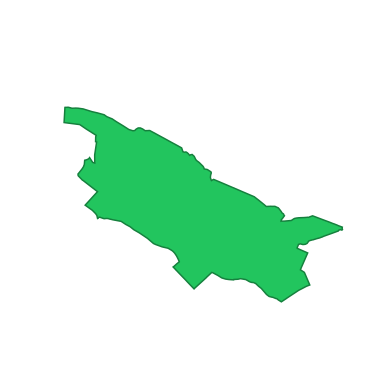 the district of Movileni, Galati, Romania, rotated 138°
{"feature_id": "2599482B38309693549911", "entity_name": "Movileni", "entity_type": "district", "adm_level": 2, "iso_a3": "ROU", "parent_name": "Romania", "parent_adm1": "Galati", "projection": "orthographic", "projection_center": [27.365, 45.757], "detail": "fine", "context": "isolated", "style": "filled", "palette": "green", "viewbox_px": 384, "rotation_deg": 138, "n_neighbors": 0, "source": "geoboundaries", "source_scale": "gbopen_adm2", "svg_char_len": 3810}
<svg xmlns="http://www.w3.org/2000/svg" viewBox="0 0 384 384"><g transform="rotate(138 192 192)"><path d="M202.4,299.8L203.3,301.6L204.9,305.0L205.6,308.2L209.3,314.0L212.6,318.7L217.3,326.6L220.5,330.4L222.2,332.1L225.1,334.5L226.9,337.3L227.2,337.7L228.5,338.8L229.5,339.7L229.8,339.9L240.6,329.2L230.3,317.2L228.5,309.7L225.4,298.6L225.3,298.2L226.6,297.5L230.0,293.9L229.4,293.0L239.5,284.7L244.9,278.6L246.0,280.4L245.1,286.1L246.3,285.8L247.1,286.0L247.7,286.1L249.0,286.6L250.5,287.4L253.6,284.5L256.0,283.3L258.8,282.6L264.2,281.7L264.6,281.7L265.4,280.8L265.7,280.1L265.5,274.1L265.3,273.8L262.0,255.5L280.2,253.7L278.3,245.0L278.1,240.4L278.4,238.2L279.9,235.5L279.4,235.3L278.9,235.4L278.5,235.5L277.8,235.3L277.3,234.8L276.4,233.1L275.2,231.0L273.3,229.6L272.1,228.4L271.3,227.0L270.8,226.3L270.7,226.2L269.4,224.3L264.3,217.6L262.9,212.2L261.2,207.5L260.5,203.0L258.5,196.9L256.1,187.3L255.1,179.5L254.1,177.2L250.9,171.2L247.4,166.2L246.3,162.7L246.0,161.6L245.9,161.1L245.8,159.7L245.8,158.0L246.0,156.7L246.2,155.2L246.6,153.5L247.0,152.1L247.1,151.7L247.6,150.2L248.1,148.7L251.4,148.8L253.7,148.8L255.2,148.8L256.2,148.9L256.2,148.5L256.1,146.7L256.1,145.0L256.1,144.1L256.0,143.2L256.0,141.4L255.6,130.0L255.6,128.7L255.5,124.5L255.3,118.6L255.1,118.6L254.9,118.7L238.5,118.8L238.1,118.9L231.1,119.0L230.5,117.9L228.6,112.6L227.8,109.8L227.4,108.3L225.3,104.8L223.1,102.2L219.8,98.8L219.4,99.0L216.2,96.4L214.0,95.2L210.6,90.9L209.3,86.9L208.4,85.2L206.8,83.4L205.9,81.3L205.6,77.3L205.0,73.9L205.2,66.0L204.6,62.8L203.0,60.4L202.3,59.5L201.0,56.8L200.3,55.8L200.1,54.1L199.1,50.6L193.2,49.7L192.1,49.6L178.8,47.6L178.3,47.5L176.4,47.0L176.1,46.9L170.2,45.4L166.7,44.1L163.7,52.9L162.5,56.4L162.3,57.1L162.5,58.0L163.5,61.6L163.1,61.8L162.9,62.0L161.9,62.4L161.6,62.6L159.8,63.4L158.9,63.8L155.4,65.4L146.8,69.3L150.1,76.6L151.5,79.8L151.2,80.2L147.9,81.8L146.7,81.2L146.1,80.9L145.7,80.2L145.2,79.4L144.7,78.7L143.9,78.1L142.7,77.3L140.9,76.8L138.0,77.4L136.6,76.9L136.1,76.6L134.8,76.0L134.1,75.5L131.7,74.4L130.6,73.9L127.7,72.4L126.0,71.8L125.8,71.6L123.8,71.0L116.5,68.0L109.3,65.1L108.7,65.4L107.3,65.0L107.1,64.9L106.1,63.4L105.3,63.4L104.5,64.9L104.2,65.0L103.8,65.3L106.0,69.5L106.1,69.9L107.9,73.5L108.4,74.3L110.0,77.6L113.1,83.5L117.9,92.8L118.3,93.5L118.7,93.7L118.7,93.8L119.0,93.9L120.1,94.3L120.4,94.5L121.9,95.0L122.2,95.1L122.5,95.3L122.9,95.8L124.0,96.6L124.9,97.3L126.3,98.4L128.3,100.1L130.3,101.7L131.1,102.2L131.3,102.4L131.6,102.6L131.9,102.8L132.4,103.1L132.6,103.2L133.4,103.7L133.6,103.7L134.1,103.9L134.7,104.0L137.3,104.4L142.9,108.6L145.1,110.6L145.3,110.7L144.6,111.3L144.2,111.6L142.5,111.8L139.2,112.5L139.2,113.0L138.7,114.5L139.1,116.2L138.9,117.1L138.7,118.5L138.6,120.0L138.5,121.2L138.5,122.4L138.5,122.6L139.1,123.8L139.9,125.7L140.1,126.0L142.2,127.8L142.8,128.5L146.3,131.4L146.4,131.5L146.5,131.6L146.6,132.2L146.6,132.3L146.8,134.2L147.0,135.3L147.4,138.1L147.5,138.5L147.9,141.1L148.3,143.3L148.8,146.1L148.9,146.8L149.1,147.2L149.6,148.3L151.4,152.2L155.3,160.6L160.7,172.3L163.2,177.7L167.5,186.9L169.9,187.5L169.8,187.9L169.3,189.1L168.8,190.2L168.3,190.8L166.9,192.0L166.7,192.3L165.7,192.7L165.3,193.0L164.9,193.4L164.5,193.9L164.5,194.4L164.6,195.0L165.1,196.7L165.5,198.3L165.9,198.9L167.1,200.4L167.5,201.0L167.2,201.6L166.8,202.5L166.6,203.9L166.8,207.0L166.9,208.7L167.0,209.6L167.1,210.2L167.3,210.9L167.5,212.3L167.5,213.6L166.5,217.0L166.8,219.8L168.1,220.6L169.2,220.8L169.1,223.0L169.3,224.6L169.7,225.8L170.3,226.2L170.9,226.5L171.8,228.0L171.0,229.8L170.2,231.7L180.0,259.6L182.3,266.0L185.8,268.9L186.5,271.8L187.5,274.1L189.1,275.6L191.5,276.1L193.4,276.0L194.9,277.0L196.0,278.8L197.1,280.7L197.7,282.9L198.9,287.3L200.3,292.0L201.2,295.0L201.8,297.4L202.4,299.8Z" fill="#22c55e" stroke="#15803d" stroke-width="1.5"/></g></svg>